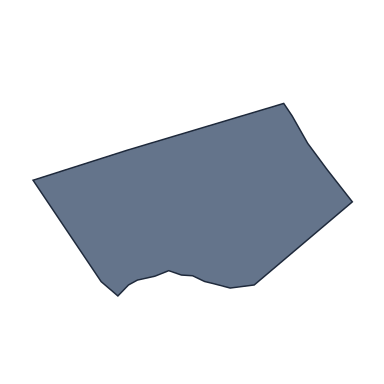 the district of Passagem, Rio Grande do Norte, Brazil, rotated 230°
{"feature_id": "56859067B23465886622535", "entity_name": "Passagem", "entity_type": "district", "adm_level": 2, "iso_a3": "BRA", "parent_name": "Brazil", "parent_adm1": "Rio Grande do Norte", "projection": "orthographic", "projection_center": [-35.404, -6.284], "detail": "fine", "context": "isolated", "style": "filled", "palette": "slate", "viewbox_px": 384, "rotation_deg": 230, "n_neighbors": 0, "source": "geoboundaries", "source_scale": "gbopen_adm2", "svg_char_len": 402}
<svg xmlns="http://www.w3.org/2000/svg" viewBox="0 0 384 384"><g transform="rotate(230 192 192)"><path d="M93.9,159.5L80.8,179.9L81.4,308.5L122.3,309.9L154.9,311.9L185.9,317.6L200.9,319.2L265.6,169.4L303.2,77.8L181.7,64.8L160.0,68.4L161.6,83.6L159.6,93.6L151.3,109.6L146.7,123.6L135.2,130.5L127.5,138.6L115.4,144.1L107.8,149.7L93.9,159.5Z" fill="#64748b" stroke="#1e293b" stroke-width="1.5"/></g></svg>